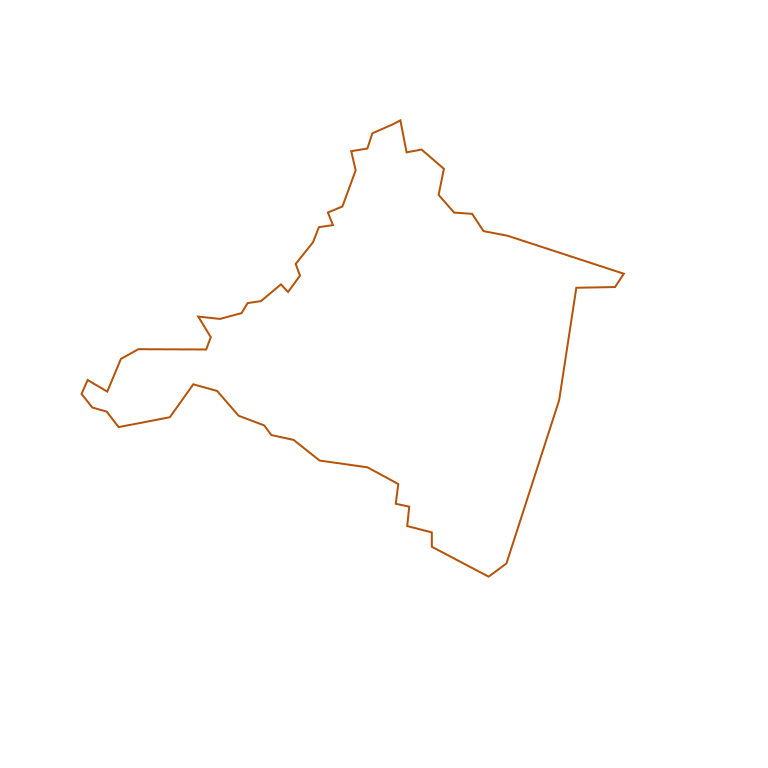 the district of Culpeper, Virginia, United States of America, rotated 148°
{"feature_id": "52423323B12742800071911", "entity_name": "Culpeper", "entity_type": "district", "adm_level": 2, "iso_a3": "USA", "parent_name": "United States of America", "parent_adm1": "Virginia", "projection": "equal_earth", "projection_center": [-77.91, 38.503], "detail": "fine", "context": "isolated", "style": "outline", "palette": "amber", "viewbox_px": 768, "rotation_deg": 148, "n_neighbors": 0, "source": "geoboundaries", "source_scale": "gbopen_adm2", "svg_char_len": 898}
<svg xmlns="http://www.w3.org/2000/svg" viewBox="0 0 768 768"><g transform="rotate(148 384 384)"><path d="M122.2,350.4L200.7,444.3L218.6,460.9L219.1,481.6L233.7,492.2L237.5,515.4L219.2,534.7L227.9,562.9L242.1,568.5L230.4,598.9L239.2,599.6L261.0,602.8L273.3,592.5L288.4,598.8L294.8,580.2L325.2,556.6L340.7,559.2L343.1,545.8L356.1,551.5L369.0,541.9L395.3,532.6L397.8,520.4L416.6,512.9L418.6,523.1L444.4,519.5L456.8,524.9L467.2,519.6L488.6,526.1L505.8,539.6L506.1,515.5L516.5,507.5L573.9,543.7L593.8,544.7L622.7,524.2L633.2,544.4L645.8,535.8L643.8,518.6L633.8,507.5L631.9,488.1L583.2,469.3L545.9,484.8L529.2,466.5L524.1,434.1L507.5,412.3L506.6,400.4L490.3,384.5L479.2,353.2L442.2,322.1L424.9,291.6L437.5,276.2L427.6,266.6L439.6,251.2L422.1,232.8L429.7,220.6L397.4,165.2L375.3,166.9L338.0,198.3L244.0,277.5L169.9,363.7L136.7,343.8L122.2,350.4Z" fill="none" stroke="#b45309" stroke-width="2"/></g></svg>